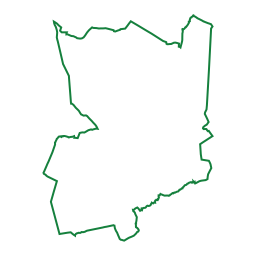 Chucándiro, Michoacán, Mexico (Equal Earth projection)
{"feature_id": "50627088B8193308605662", "entity_name": "Chucándiro", "entity_type": "district", "adm_level": 2, "iso_a3": "MEX", "parent_name": "Mexico", "parent_adm1": "Michoacán", "projection": "equal_earth", "projection_center": [-101.355, 19.895], "detail": "fine", "context": "isolated", "style": "outline", "palette": "green", "viewbox_px": 256, "rotation_deg": 0, "n_neighbors": 0, "source": "geoboundaries", "source_scale": "gbopen_adm2", "svg_char_len": 5437}
<svg xmlns="http://www.w3.org/2000/svg" viewBox="0 0 256 256"><path d="M207.5,179.1L207.7,176.7L208.1,174.3L209.2,172.1L210.7,169.2L211.3,168.1L210.5,164.2L209.9,162.8L208.9,160.8L201.6,159.6L200.8,154.3L200.2,144.9L200.1,144.2L202.6,142.5L212.5,136.1L210.1,132.8L208.8,130.9L208.0,131.2L207.2,130.4L206.4,129.1L205.4,129.0L203.7,129.1L203.0,128.4L203.2,127.3L204.8,125.8L206.8,124.6L208.6,122.0L207.1,118.6L205.5,115.3L204.8,113.9L205.0,112.7L205.1,112.3L206.5,109.5L206.9,105.4L208.9,70.8L209.8,53.6L211.1,28.5L212.5,26.5L211.0,24.2L208.5,23.3L208.3,23.3L205.3,22.1L205.2,22.1L204.4,21.7L203.6,21.5L203.5,21.3L203.1,21.2L201.8,20.4L200.2,19.6L198.6,18.8L197.3,18.2L197.2,18.0L195.7,17.0L194.7,16.4L194.2,16.1L193.9,16.1L193.5,15.8L193.4,15.4L193.1,15.5L192.7,16.4L192.1,16.7L191.5,17.0L191.4,17.1L191.4,17.4L191.1,17.5L190.2,18.3L190.2,18.6L189.9,19.6L189.8,20.1L189.7,20.2L189.7,20.3L189.9,21.2L189.7,21.4L189.5,21.5L189.3,21.6L188.8,21.7L188.8,22.0L188.8,22.4L188.9,22.8L188.3,23.8L188.0,24.4L187.1,25.7L187.0,25.8L186.8,26.1L186.3,26.7L186.2,26.9L186.0,27.1L185.9,27.2L185.8,27.3L185.6,27.3L185.6,27.2L185.5,27.3L185.1,27.5L185.0,27.8L184.9,28.0L184.3,28.8L184.1,28.9L183.6,29.1L183.4,29.3L182.9,29.2L182.6,29.0L182.4,29.1L182.4,29.4L182.5,29.7L182.5,29.8L182.9,29.9L182.8,30.9L182.8,31.0L182.6,32.7L182.4,33.3L182.3,37.7L182.3,39.6L182.2,40.6L182.1,41.2L182.0,41.7L181.5,43.7L181.0,45.4L181.0,45.5L180.5,47.4L180.3,47.2L179.8,46.9L179.1,46.8L178.8,46.7L179.0,43.6L177.1,43.0L175.5,42.6L174.9,42.7L174.0,42.7L173.1,43.1L172.6,43.3L172.1,43.5L171.6,43.9L170.6,44.0L170.4,44.0L168.9,44.1L168.1,44.2L167.1,44.2L166.9,44.0L166.5,43.8L166.2,42.1L163.1,41.0L151.5,33.6L148.6,31.9L144.9,29.7L138.1,25.6L130.8,21.3L128.9,23.7L127.6,25.5L125.2,28.6L120.4,29.2L120.1,29.8L118.2,30.4L115.2,31.5L113.9,31.2L113.6,30.2L107.7,28.7L105.6,28.2L103.2,28.4L101.0,28.4L98.8,28.5L96.6,28.1L93.1,27.9L92.1,27.4L90.3,29.0L88.8,30.4L88.0,31.4L87.3,32.2L86.6,33.2L85.1,35.5L83.6,37.4L81.8,38.4L80.1,38.6L77.1,38.2L76.1,37.4L74.5,36.7L73.5,36.2L71.4,36.0L67.2,34.2L66.4,34.4L66.4,33.2L66.8,32.3L64.6,32.3L61.7,32.3L60.7,31.4L60.1,30.7L61.2,27.4L59.8,26.3L58.4,25.1L57.1,23.7L55.2,22.4L53.9,21.6L54.2,23.4L54.7,24.8L55.8,26.9L56.1,27.8L56.8,30.1L57.2,32.4L57.0,35.1L56.8,37.4L57.4,40.1L57.7,41.0L60.3,52.1L63.1,64.2L63.3,64.5L68.9,75.9L69.0,77.8L69.1,79.1L70.4,95.6L70.9,102.2L71.0,103.0L71.1,103.7L71.9,103.7L73.5,104.9L75.8,107.8L77.9,109.8L79.0,111.0L80.1,112.9L81.1,114.4L81.8,114.7L83.5,115.6L86.0,115.4L87.2,116.1L87.7,116.7L89.2,118.4L91.7,120.9L92.5,121.8L92.8,122.2L95.3,124.8L96.5,126.5L97.6,128.8L96.1,128.6L93.2,129.4L92.1,129.8L91.1,129.4L88.4,130.2L85.9,131.7L84.5,132.5L82.3,132.4L80.7,132.7L79.7,133.0L77.7,138.1L74.9,137.8L74.6,137.8L74.7,137.6L74.0,136.4L74.0,136.2L73.5,136.4L72.4,136.8L72.1,136.8L71.2,136.9L70.2,137.0L69.4,137.3L69.0,137.4L68.5,137.4L68.2,137.0L67.2,136.7L65.9,136.3L64.5,136.0L63.6,136.0L63.4,136.2L63.2,136.1L62.3,136.1L62.2,136.5L61.6,136.9L61.4,136.5L61.1,136.4L60.9,136.6L60.4,136.6L60.2,136.4L59.4,136.5L59.0,136.7L58.7,136.7L57.3,138.5L56.8,138.8L56.7,139.3L56.0,140.7L55.7,141.3L55.5,141.8L55.3,142.3L55.1,142.4L55.0,142.5L55.0,143.1L55.1,144.3L54.9,145.1L52.4,152.3L48.5,161.6L47.4,163.9L46.4,166.3L45.0,169.5L44.1,171.6L43.5,172.8L43.7,173.4L43.8,173.7L44.3,174.1L44.6,174.2L45.0,174.4L45.5,174.7L45.7,174.8L45.9,175.2L46.3,175.6L47.2,176.3L47.7,176.6L48.5,177.0L56.9,181.1L55.9,184.5L53.8,191.6L52.7,195.5L50.9,201.8L59.5,234.0L67.5,232.7L70.7,232.3L72.7,234.0L73.6,234.7L75.0,235.6L75.0,235.2L75.9,233.9L77.1,233.2L77.7,233.2L78.4,232.8L80.0,232.9L80.6,232.8L81.0,232.4L81.7,232.0L83.0,232.2L84.8,231.8L86.1,231.1L87.0,230.7L103.2,227.4L103.4,227.3L105.3,226.9L106.0,226.8L107.5,226.5L109.8,226.0L112.1,225.5L114.3,225.1L114.3,224.8L114.9,228.3L115.9,230.7L116.6,231.9L117.0,232.4L118.2,235.4L119.1,237.4L119.7,238.9L120.7,239.7L121.8,239.9L122.1,240.0L123.7,240.5L124.2,240.6L128.0,238.3L129.1,237.7L131.6,236.7L133.8,235.7L136.2,233.4L136.9,232.3L137.3,231.9L137.8,231.7L138.2,231.6L138.3,231.4L138.7,230.7L138.8,230.4L138.5,229.5L138.3,229.2L137.3,228.0L136.0,227.2L135.9,226.5L136.0,226.3L135.9,225.1L135.7,223.6L136.0,223.5L135.9,223.2L136.2,221.9L136.5,220.2L136.8,217.1L136.4,216.3L135.3,214.1L135.0,213.0L134.4,212.0L133.3,211.2L133.0,209.8L133.8,209.9L135.4,208.4L137.3,207.5L138.3,208.4L140.1,210.8L141.2,210.1L142.0,210.3L142.2,209.4L141.5,208.9L141.6,208.4L142.6,208.6L143.0,208.1L143.7,207.9L144.3,207.9L144.9,207.9L145.8,207.4L146.5,206.3L147.4,205.7L148.7,206.0L149.8,205.7L150.6,205.1L151.0,204.1L151.1,203.8L151.7,203.2L151.8,202.7L153.1,203.4L153.9,202.6L155.1,202.7L154.9,201.9L155.2,201.2L155.2,200.6L156.1,200.2L156.2,199.9L157.5,200.1L157.7,199.2L158.2,199.3L158.9,197.5L158.6,196.8L158.6,195.3L159.7,195.3L160.4,194.0L160.8,194.3L161.5,194.4L162.6,194.9L164.4,195.6L168.3,195.5L168.8,195.8L169.5,195.5L170.0,195.1L170.2,194.7L171.4,194.1L172.2,193.3L172.7,193.0L173.0,193.0L173.4,193.3L174.3,192.5L174.9,192.7L176.9,191.7L178.3,191.4L179.5,189.7L180.3,189.7L181.1,189.0L181.5,188.6L181.8,188.3L182.5,188.4L183.1,187.1L183.8,186.6L184.7,185.3L186.4,184.8L187.4,183.6L188.4,183.4L188.9,182.8L190.6,182.2L191.9,182.7L192.2,182.1L193.4,182.3L193.8,182.5L193.6,181.6L193.9,181.9L194.1,182.0L194.6,181.8L194.6,182.3L195.1,182.6L195.1,183.1L195.2,183.4L195.9,183.1L196.1,183.0L199.4,181.2L200.8,180.8L201.9,180.6L205.7,180.1L207.5,179.1Z" fill="none" stroke="#15803d" stroke-width="2"/></svg>